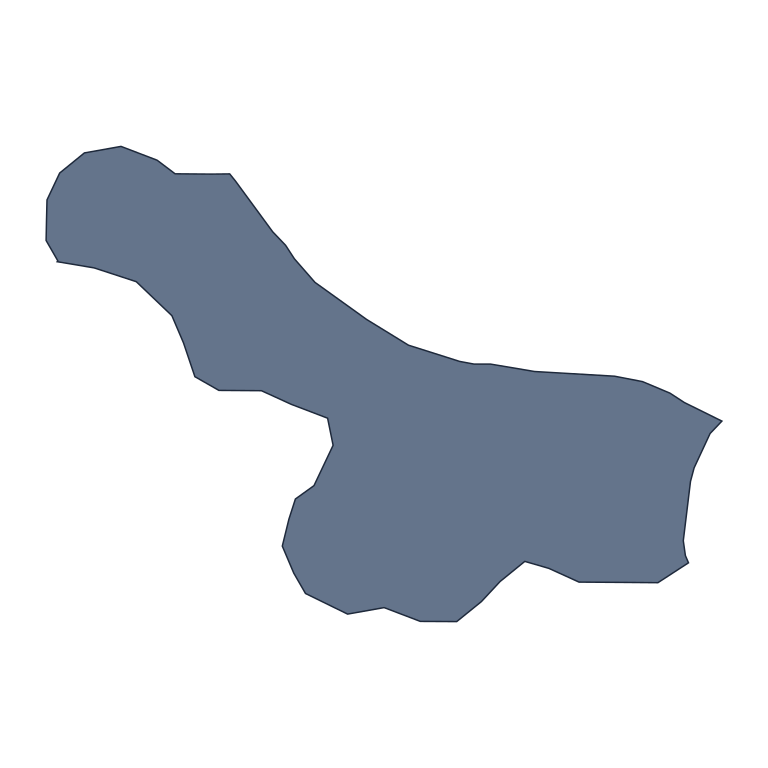 Hyangsan, P'yŏngan-bukto, North Korea
{"feature_id": "82179303B99713456197263", "entity_name": "Hyangsan", "entity_type": "district", "adm_level": 2, "iso_a3": "PRK", "parent_name": "North Korea", "parent_adm1": "P'yŏngan-bukto", "projection": "mercator", "projection_center": [126.169, 40.033], "detail": "fine", "context": "isolated", "style": "filled", "palette": "slate", "viewbox_px": 768, "rotation_deg": 0, "n_neighbors": 0, "source": "geoboundaries", "source_scale": "gbopen_adm2", "svg_char_len": 868}
<svg xmlns="http://www.w3.org/2000/svg" viewBox="0 0 768 768"><path d="M229.7,173.9L211.5,174.1L175.1,173.8L157.1,160.2L121.0,146.4L84.4,152.9L59.7,173.0L47.0,199.9L46.5,220.2L46.1,240.5L57.8,260.8L57.2,261.7L94.1,267.9L136.3,281.7L171.9,315.7L183.5,342.9L194.9,376.7L218.9,390.4L261.4,390.7L291.4,404.4L327.6,418.2L333.1,445.3L314.0,485.6L295.4,499.0L288.9,519.2L282.3,546.1L293.8,573.2L305.5,593.5L347.6,614.1L384.1,607.6L420.3,621.4L456.7,621.6L481.4,601.6L500.1,581.5L524.8,561.4L548.9,568.4L579.0,582.1L621.5,582.4L657.9,582.7L688.5,562.8L685.4,555.6L683.3,540.7L690.5,481.4L694.1,467.9L710.1,433.5L721.9,421.1L684.3,402.5L669.9,393.1L642.5,381.6L614.6,376.2L534.5,371.5L490.6,364.1L474.1,364.1L459.6,361.4L408.5,345.2L366.7,319.5L315.0,282.4L294.4,258.8L285.6,245.3L272.7,231.8L235.5,181.1L229.7,173.9Z" fill="#64748b" stroke="#1e293b" stroke-width="1.5"/></svg>